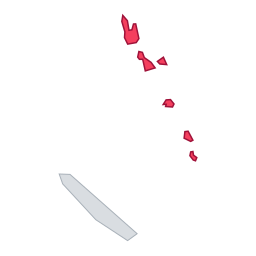 Vanuatu and the surrounding countries
{"feature_id": "VUT", "entity_name": "Vanuatu", "entity_type": "country or territory", "adm_level": 0, "iso_a3": "VUT", "parent_name": "Oceania", "parent_adm1": "", "projection": "robinson", "projection_center": [167.975, -16.976], "detail": "coarse", "context": "with_neighbors", "style": "filled", "palette": "rose", "viewbox_px": 256, "rotation_deg": 0, "n_neighbors": 1, "source": "natural_earth", "source_scale": "50m", "svg_char_len": 847}
<svg xmlns="http://www.w3.org/2000/svg" viewBox="0 0 256 256"><path d="M70.0,174.4L137.1,233.7L127.6,240.6L95.8,219.7L62.7,183.9L59.2,174.0L70.0,174.4Z" fill="#d9dde1" stroke="#a8b0b8" stroke-width="1"/><path d="M127.4,20.7L129.0,30.3L131.9,29.8L133.5,24.0L135.7,23.9L138.9,38.6L136.2,42.6L127.7,44.1L124.5,37.6L124.9,31.9L121.8,21.4L122.8,15.4L127.4,20.7ZM144.3,57.6L151.1,62.4L155.1,67.9L145.3,70.9L142.7,59.3L139.4,59.3L137.7,57.1L138.9,51.5L142.4,52.4L144.3,57.6ZM192.9,140.2L190.7,141.4L184.1,138.2L184.9,131.6L188.1,131.2L192.9,140.2ZM170.5,99.6L174.0,104.0L172.5,107.0L165.6,106.5L166.2,104.3L163.2,104.5L166.1,99.9L170.5,99.6ZM166.7,64.6L159.8,64.0L157.4,61.4L163.4,57.2L166.7,64.6ZM196.8,157.6L195.5,160.8L193.2,160.0L189.9,155.7L190.7,151.9L192.9,151.5L193.5,155.2L196.8,157.6Z" fill="#f43f5e" stroke="#9f1239" stroke-width="1.5"/></svg>